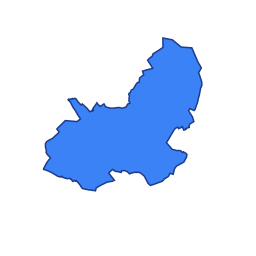 the district of Dutse, Jigawa, Nigeria, rotated 242°
{"feature_id": "59680162B76882427234764", "entity_name": "Dutse", "entity_type": "district", "adm_level": 2, "iso_a3": "NGA", "parent_name": "Nigeria", "parent_adm1": "Jigawa", "projection": "mercator", "projection_center": [9.316, 11.807], "detail": "fine", "context": "isolated", "style": "filled", "palette": "blue", "viewbox_px": 256, "rotation_deg": 242, "n_neighbors": 0, "source": "geoboundaries", "source_scale": "gbopen_adm2", "svg_char_len": 3447}
<svg xmlns="http://www.w3.org/2000/svg" viewBox="0 0 256 256"><g transform="rotate(242 128 128)"><path d="M88.2,91.4L89.2,91.2L89.7,91.2L97.2,89.8L98.2,92.7L98.5,95.2L97.0,95.7L95.6,96.5L94.9,97.7L92.0,101.1L93.2,102.4L92.0,105.0L89.7,106.9L86.8,107.8L86.2,111.5L85.9,112.6L83.8,116.7L82.7,117.8L77.9,119.8L69.8,119.7L66.8,120.8L66.2,123.9L64.9,133.2L65.4,135.0L65.9,135.9L66.3,141.1L68.3,143.8L65.9,146.1L70.1,149.9L71.6,152.9L71.7,161.3L74.8,166.0L76.8,167.5L77.4,167.5L78.0,167.5L79.2,166.7L81.0,165.7L80.9,165.1L80.7,164.7L81.7,164.3L82.4,164.1L82.8,164.0L83.3,163.7L83.5,163.4L83.9,162.8L84.1,162.7L84.3,162.3L84.5,162.0L84.9,160.8L88.4,157.0L90.7,156.5L96.9,155.0L100.8,161.4L104.6,167.6L105.5,169.8L105.4,172.2L103.6,172.4L103.5,174.6L103.5,175.0L104.0,176.3L103.9,176.6L103.3,176.6L101.0,176.3L100.0,176.2L99.6,177.3L100.0,177.7L99.7,178.6L100.4,178.8L99.8,182.4L101.3,182.9L102.6,184.7L102.7,189.1L107.5,190.1L114.7,189.6L116.1,191.6L112.8,194.2L112.4,194.5L113.0,196.0L116.8,200.1L117.7,201.2L118.5,201.9L119.0,202.3L120.7,203.6L123.2,206.1L128.6,210.4L131.3,213.5L134.4,214.8L144.1,216.5L144.5,217.7L146.6,220.9L149.2,220.9L150.4,220.8L153.0,220.7L168.8,222.0L174.5,212.9L185.0,208.6L191.1,201.1L182.7,196.7L181.9,187.9L181.8,185.4L181.6,184.6L180.1,183.3L179.8,181.4L179.4,179.5L178.7,177.2L176.9,177.2L173.4,177.6L169.0,177.8L170.5,172.1L171.4,167.5L167.5,166.8L167.4,165.3L166.7,161.7L163.0,159.2L163.7,157.7L162.7,155.4L160.5,151.9L159.9,151.1L159.9,150.7L160.0,148.8L158.4,146.6L157.9,146.2L158.2,145.3L157.1,144.3L155.8,144.4L155.3,144.0L153.5,142.7L151.4,141.5L148.9,141.3L149.3,139.1L147.5,136.1L148.1,132.4L148.5,131.9L150.6,129.3L152.1,125.1L153.7,121.8L157.3,118.1L160.4,118.2L160.6,118.0L160.0,113.8L161.0,113.5L161.0,113.1L162.9,112.6L164.8,112.4L164.3,111.7L164.1,110.9L163.7,110.2L163.3,109.6L163.2,109.2L162.9,108.6L162.7,108.2L162.3,107.5L162.1,106.9L161.7,106.7L161.4,106.3L161.4,105.8L161.1,105.6L160.6,105.6L160.4,105.7L159.9,105.9L159.5,104.5L160.4,104.2L160.3,103.9L160.3,103.4L160.3,102.9L160.3,102.6L160.2,102.4L160.2,102.0L161.0,101.8L161.5,101.5L162.1,101.6L162.5,101.5L163.1,101.3L163.6,101.3L163.8,101.2L164.6,101.1L165.2,100.9L170.7,98.9L170.4,97.3L174.6,96.2L178.6,95.7L179.5,94.0L179.5,93.0L179.8,92.9L180.3,92.6L180.1,92.1L180.1,91.6L180.4,91.3L180.4,90.9L180.5,90.6L180.5,90.0L181.0,89.8L180.9,89.2L181.3,89.1L181.0,88.3L177.5,89.4L176.1,89.2L171.5,89.2L168.7,89.6L163.0,89.8L158.3,90.3L157.6,86.0L164.0,76.1L161.8,68.9L161.2,66.5L160.8,65.6L160.5,64.7L159.0,64.9L157.5,65.4L156.6,64.9L156.0,62.9L155.5,61.8L155.4,60.5L155.0,59.2L154.4,56.9L154.2,55.1L154.4,53.9L154.3,51.9L154.2,50.6L154.0,49.5L153.6,48.9L153.0,47.8L150.8,46.6L149.1,45.9L146.4,45.4L145.0,44.2L143.8,44.3L143.0,44.2L137.9,45.5L137.0,43.0L136.0,41.0L135.0,39.1L131.4,34.0L131.5,34.0L131.4,34.0L126.9,37.9L124.8,39.4L121.5,41.5L118.2,43.4L116.1,45.9L116.6,46.5L116.3,47.1L115.6,47.2L115.0,47.3L114.5,47.9L114.0,48.1L113.6,48.7L113.4,49.1L112.9,49.1L112.6,49.7L112.3,50.1L112.0,50.3L111.5,51.1L111.2,52.2L110.5,53.4L109.7,53.3L109.1,53.6L109.1,54.0L108.6,54.1L107.8,54.0L106.9,54.0L106.6,54.4L106.7,54.9L106.6,55.4L106.7,55.8L106.5,56.0L106.6,56.4L106.3,56.7L105.8,56.6L105.6,56.8L106.0,57.1L105.9,57.7L100.3,58.9L97.7,59.0L95.9,59.4L91.5,64.6L90.8,66.0L90.4,66.5L89.4,67.5L89.1,68.3L88.6,68.8L87.8,69.8L90.0,71.8L90.2,75.7L90.2,78.5L90.0,84.0L89.1,87.0L88.4,89.1L88.2,91.4Z" fill="#3b82f6" stroke="#1e3a8a" stroke-width="1.5"/></g></svg>